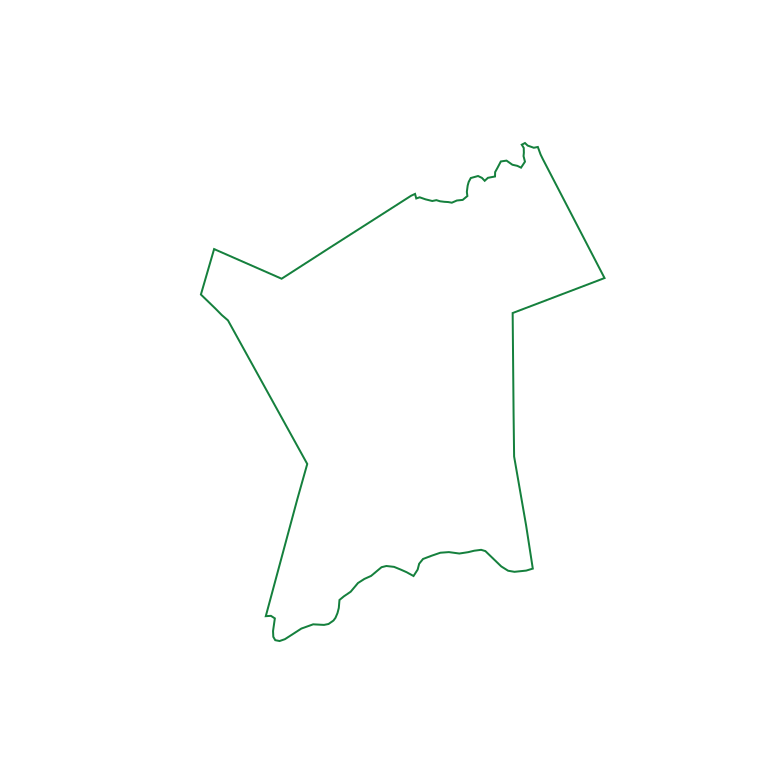 Sebastião Barros, Piauí, Brazil, rotated 23°
{"feature_id": "56859067B80759164390231", "entity_name": "Sebastião Barros", "entity_type": "district", "adm_level": 2, "iso_a3": "BRA", "parent_name": "Brazil", "parent_adm1": "Piauí", "projection": "albers", "projection_center": [-44.821, -10.664], "detail": "fine", "context": "isolated", "style": "outline", "palette": "green", "viewbox_px": 768, "rotation_deg": 23, "n_neighbors": 0, "source": "geoboundaries", "source_scale": "gbopen_adm2", "svg_char_len": 1377}
<svg xmlns="http://www.w3.org/2000/svg" viewBox="0 0 768 768"><g transform="rotate(23 384 384)"><path d="M180.5,373.2L199.7,380.6L207.7,383.9L215.5,386.4L334.9,480.0L344.6,487.6L349.2,523.8L365.9,643.9L370.5,641.6L375.1,642.4L378.4,654.8L380.9,660.0L384.0,662.3L388.3,661.4L392.5,657.6L403.5,641.4L412.7,632.9L422.9,629.2L426.7,626.6L429.9,621.5L430.7,618.2L430.7,613.1L429.9,607.8L427.4,600.2L430.0,595.2L434.5,588.2L437.8,577.4L442.1,571.1L447.1,565.7L453.3,553.6L457.3,550.6L464.7,548.4L472.0,548.3L478.1,548.4L486.2,549.2L487.5,541.7L486.6,535.7L488.3,529.8L495.0,523.4L501.8,517.3L509.4,513.4L519.6,510.6L527.2,505.9L532.2,502.2L538.2,498.7L542.6,498.2L563.2,506.1L571.2,507.4L577.5,505.9L587.8,500.2L593.1,495.8L570.1,458.7L532.1,399.9L515.1,361.2L474.7,268.4L545.6,200.3L442.3,114.9L438.5,111.6L433.0,105.7L429.6,108.0L423.1,108.4L419.6,107.1L417.3,109.9L420.4,112.1L422.4,116.5L423.4,119.7L426.9,124.3L425.6,131.3L421.5,131.1L416.5,132.0L409.5,130.5L404.6,133.5L404.0,140.7L403.5,145.5L405.1,149.6L399.1,153.6L397.3,157.6L393.6,156.0L389.3,155.8L383.4,160.5L383.0,164.9L383.5,168.7L385.2,174.8L387.3,178.4L384.5,183.8L379.4,186.6L375.6,190.6L372.1,191.4L368.4,192.7L364.2,193.9L360.4,194.3L356.9,196.7L350.0,197.8L343.9,198.2L341.2,200.6L338.3,196.9L335.4,200.1L281.4,278.9L248.6,327.1L174.9,326.2L180.5,373.2Z" fill="none" stroke="#15803d" stroke-width="2"/></g></svg>